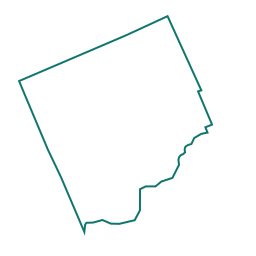 Crawford, Illinois, United States of America (Natural Earth projection), rotated 67°
{"feature_id": "52423323B85886760201648", "entity_name": "Crawford", "entity_type": "district", "adm_level": 2, "iso_a3": "USA", "parent_name": "United States of America", "parent_adm1": "Illinois", "projection": "natural_earth1", "projection_center": [-87.64, 39.014], "detail": "fine", "context": "isolated", "style": "outline", "palette": "teal", "viewbox_px": 256, "rotation_deg": 67, "n_neighbors": 0, "source": "geoboundaries", "source_scale": "gbopen_adm2", "svg_char_len": 620}
<svg xmlns="http://www.w3.org/2000/svg" viewBox="0 0 256 256"><g transform="rotate(67 128 128)"><path d="M206.6,208.8L200.2,205.2L199.0,203.3L201.4,197.2L202.7,187.5L209.3,181.2L212.8,173.5L215.5,157.9L208.5,149.2L189.0,140.8L188.7,134.4L192.5,125.5L190.3,118.2L191.3,106.6L181.8,95.4L177.0,94.0L175.0,92.5L173.7,90.3L173.5,87.2L172.7,85.0L170.2,84.4L168.2,83.1L167.5,81.9L167.2,80.0L167.2,78.1L167.5,75.9L163.1,71.0L162.0,62.9L163.3,56.6L157.6,56.5L157.7,49.3L121.7,49.2L122.0,45.8L40.5,47.9L41.9,93.3L42.2,209.9L57.3,210.0L116.6,210.2L146.8,208.9L206.6,208.8Z" fill="none" stroke="#0f766e" stroke-width="2"/></g></svg>